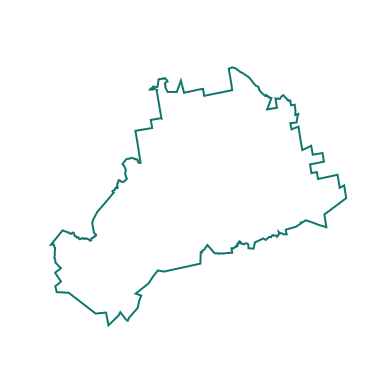 the district of Coyame del Sotol, Chihuahua, Mexico, rotated 80°
{"feature_id": "50627088B56827534885832", "entity_name": "Coyame del Sotol", "entity_type": "district", "adm_level": 2, "iso_a3": "MEX", "parent_name": "Mexico", "parent_adm1": "Chihuahua", "projection": "albers", "projection_center": [-105.311, 29.735], "detail": "fine", "context": "isolated", "style": "outline", "palette": "teal", "viewbox_px": 384, "rotation_deg": 80, "n_neighbors": 0, "source": "geoboundaries", "source_scale": "gbopen_adm2", "svg_char_len": 5858}
<svg xmlns="http://www.w3.org/2000/svg" viewBox="0 0 384 384"><g transform="rotate(80 192 192)"><path d="M133.2,73.0L134.2,76.9L133.1,76.9L130.1,76.0L123.9,75.7L123.8,79.4L119.0,79.4L119.0,81.1L118.5,81.4L118.1,81.3L118.1,81.6L117.8,81.8L117.6,82.3L116.8,82.6L116.1,82.7L115.5,83.5L115.0,83.8L114.6,84.1L113.1,84.7L112.5,85.3L113.4,87.2L115.6,89.3L115.6,89.6L115.1,90.5L115.2,90.8L114.9,91.4L115.0,91.8L114.8,91.9L114.8,92.2L114.4,93.6L123.8,93.7L123.7,103.6L113.3,97.5L112.4,98.8L112.6,99.5L112.4,99.8L112.2,99.9L111.4,100.1L111.2,100.3L110.8,100.6L110.9,100.9L110.4,101.0L110.1,101.7L110.2,102.0L109.9,102.2L109.6,102.2L110.2,103.1L106.8,105.9L106.1,106.4L105.4,106.6L103.5,107.9L102.4,107.9L102.3,108.2L102.2,108.3L100.4,108.2L100.0,108.3L99.1,109.7L98.5,110.5L97.0,111.7L89.4,115.6L84.2,120.9L81.7,124.1L80.7,124.8L79.9,125.6L79.8,125.8L79.6,125.8L77.7,127.7L77.4,128.4L77.3,129.0L76.3,130.4L76.4,131.6L77.0,134.4L92.0,134.5L98.7,134.7L99.4,163.3L92.3,163.3L92.3,167.7L92.9,182.6L80.4,183.6L90.8,189.6L89.2,198.6L88.8,198.7L84.4,200.1L83.0,199.7L82.7,199.8L82.3,199.6L81.5,200.0L80.0,199.6L79.3,198.4L79.3,198.0L78.9,197.4L78.9,196.9L77.3,197.4L76.2,198.2L75.3,198.6L75.3,198.9L75.5,200.1L75.2,200.0L75.2,205.3L82.5,207.7L82.5,208.2L82.1,209.9L81.7,211.0L81.7,211.5L81.5,212.0L81.8,212.1L82.1,212.5L82.3,212.4L82.3,212.6L82.5,212.7L82.6,213.1L82.6,213.4L82.8,214.0L82.9,214.3L83.4,214.7L83.4,214.8L83.6,215.1L83.6,215.5L83.8,215.7L84.0,214.7L83.9,214.3L84.2,213.7L84.3,212.9L84.1,211.0L84.8,209.6L85.5,208.6L87.3,209.2L114.3,209.3L113.9,209.7L113.9,220.1L122.1,220.1L121.9,237.1L136.7,237.2L146.7,237.5L154.4,237.6L154.4,238.4L154.3,238.7L153.6,239.5L153.3,239.6L153.2,239.9L152.7,240.0L152.4,239.9L152.1,240.0L152.0,239.9L151.6,240.1L150.3,240.3L150.3,241.1L150.0,241.6L149.9,242.2L149.4,242.5L149.3,243.2L148.4,244.3L148.0,245.1L148.0,246.3L148.2,247.0L148.3,248.5L148.1,250.2L148.4,251.1L148.6,251.4L149.3,252.1L152.4,255.7L153.9,254.5L158.6,253.3L159.2,253.5L162.0,254.6L162.5,254.7L166.8,254.1L167.5,253.7L170.2,257.5L170.0,258.0L170.0,258.6L169.7,259.5L169.1,260.2L167.9,261.2L167.6,261.9L167.7,262.2L168.2,262.6L169.0,262.6L170.1,263.6L170.4,263.6L170.7,264.0L171.3,264.1L171.5,264.3L172.6,264.5L172.8,264.6L173.2,264.8L173.3,264.9L173.8,264.6L174.0,265.2L174.4,265.2L174.9,264.7L175.2,264.7L175.3,265.0L175.0,265.9L174.7,266.3L175.4,267.2L176.2,267.5L176.3,267.8L176.6,267.9L177.2,269.9L177.6,270.0L177.8,270.2L179.1,269.2L180.4,270.9L183.1,274.0L195.3,288.9L202.9,294.7L205.8,295.7L215.2,295.6L217.3,294.0L217.6,294.2L218.1,294.1L218.1,294.5L218.2,294.8L218.7,295.0L219.1,296.4L219.5,296.5L219.5,296.9L219.8,297.5L220.1,299.0L220.4,299.2L221.7,299.3L222.2,299.9L222.2,300.7L222.1,300.9L220.6,302.1L219.8,303.1L219.7,303.5L219.8,303.9L219.2,304.8L219.5,305.1L219.3,305.5L219.4,306.4L219.1,306.7L219.1,307.0L218.5,307.2L218.4,307.4L218.4,307.9L218.6,308.0L218.7,308.4L218.8,309.8L219.0,310.6L219.0,311.0L218.9,311.1L218.3,311.2L217.8,311.7L217.3,311.7L217.0,311.6L216.7,311.8L216.6,312.0L216.6,312.9L216.8,313.4L216.4,313.7L216.1,313.6L215.8,313.8L215.4,314.2L215.2,314.7L214.7,315.0L214.5,315.4L214.1,315.5L213.5,315.2L212.0,315.5L211.5,315.8L211.2,316.7L211.3,316.9L211.8,316.8L212.0,317.9L212.2,318.3L212.1,318.8L211.7,319.4L211.1,320.0L210.5,320.4L210.7,320.7L210.3,321.1L207.3,326.1L219.4,340.0L219.5,337.4L222.4,336.9L223.5,336.5L228.0,337.8L230.6,338.1L232.6,339.0L233.7,338.6L235.9,338.5L237.6,338.8L242.7,335.5L244.2,334.3L244.4,334.4L247.6,340.7L248.1,340.7L248.7,340.5L257.3,336.6L259.1,339.2L261.0,343.0L267.1,342.6L269.8,331.0L295.0,308.0L295.8,297.6L308.8,297.4L300.9,285.8L297.9,283.5L306.2,279.2L307.6,277.7L304.8,275.7L296.8,265.7L289.6,262.7L285.2,259.9L282.3,265.1L274.4,250.5L268.9,245.5L263.4,239.3L265.5,233.4L264.0,196.2L253.0,193.9L253.4,193.4L253.4,193.0L253.0,192.4L252.2,192.1L251.8,192.2L251.7,191.9L251.4,191.6L251.3,190.9L250.7,189.7L250.3,189.3L249.7,188.9L248.7,187.9L248.3,187.1L248.0,186.9L247.8,186.7L247.5,186.6L246.9,186.3L246.8,186.0L256.1,180.5L256.9,177.1L257.2,177.0L257.4,176.7L257.4,176.3L257.5,176.1L257.5,175.4L257.3,175.0L257.4,174.4L257.9,172.9L257.9,172.1L258.1,171.6L258.0,171.4L258.2,170.5L258.0,169.4L258.8,163.0L254.3,162.9L254.3,162.3L254.8,162.0L254.9,161.8L254.5,161.2L254.6,160.9L254.5,160.4L254.2,160.1L254.1,159.5L254.0,159.0L253.6,158.5L253.3,158.5L253.4,158.0L253.1,157.9L253.2,157.7L253.0,157.4L253.1,157.2L252.9,157.1L252.9,156.9L252.7,157.0L252.6,156.9L252.4,157.0L252.1,156.9L252.4,156.7L252.2,156.5L251.7,156.2L251.0,156.1L250.9,156.0L250.5,155.3L250.3,155.3L249.7,154.7L248.9,154.3L248.9,153.7L249.3,153.5L249.6,152.8L249.8,152.8L250.5,153.6L250.8,153.7L250.9,153.3L251.1,152.6L251.4,152.0L251.9,151.5L251.9,151.3L252.1,151.2L252.3,150.8L252.2,150.3L252.3,150.2L252.4,149.7L251.9,148.4L251.9,147.4L252.0,147.1L252.3,146.9L252.9,146.2L253.1,146.0L253.5,145.6L257.2,146.2L258.5,141.2L252.6,138.8L250.1,129.8L252.0,127.7L249.7,123.9L249.7,123.3L249.9,122.5L250.1,122.3L249.9,121.9L250.0,121.8L249.5,121.4L249.2,121.2L248.9,120.8L248.8,120.6L248.8,119.8L248.6,119.6L249.2,119.2L249.2,118.8L249.1,118.6L249.2,118.2L249.4,117.7L249.5,117.1L249.9,116.5L249.7,116.1L250.0,115.7L249.8,115.5L249.8,115.3L250.2,115.4L249.9,115.0L249.5,114.9L249.2,114.3L248.7,113.8L248.5,113.7L248.2,113.6L247.8,113.6L247.0,113.4L246.6,113.6L246.4,113.6L247.3,113.0L247.7,112.6L247.9,112.4L248.0,112.1L248.0,111.6L248.3,110.7L249.4,109.1L249.8,108.3L250.0,107.4L250.1,106.1L245.6,106.4L245.2,104.3L244.2,95.6L241.7,89.8L241.0,89.9L241.4,89.1L239.6,84.8L242.5,79.4L246.7,72.3L250.0,65.8L237.1,65.5L224.8,41.2L211.9,41.0L213.5,45.8L200.3,45.7L201.1,65.6L194.1,65.6L194.1,71.2L185.3,70.9L185.1,56.8L176.3,56.7L176.2,66.6L167.2,66.6L169.9,76.1L168.9,76.1L168.7,75.9L167.8,76.1L159.0,76.1L146.1,75.8L147.6,83.1L141.3,83.2L141.7,76.9L134.3,74.4L133.2,73.0Z" fill="none" stroke="#0f766e" stroke-width="2"/></g></svg>